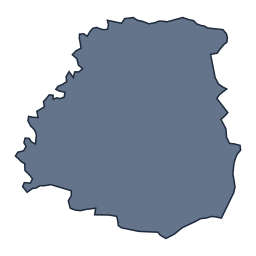 outline of Cunha Porã, Santa Catarina, Brazil
{"feature_id": "56859067B33782804685423", "entity_name": "Cunha Porã", "entity_type": "district", "adm_level": 2, "iso_a3": "BRA", "parent_name": "Brazil", "parent_adm1": "Santa Catarina", "projection": "natural_earth1", "projection_center": [-53.207, -26.879], "detail": "fine", "context": "isolated", "style": "filled", "palette": "slate", "viewbox_px": 256, "rotation_deg": 0, "n_neighbors": 0, "source": "geoboundaries", "source_scale": "gbopen_adm2", "svg_char_len": 1831}
<svg xmlns="http://www.w3.org/2000/svg" viewBox="0 0 256 256"><path d="M138.8,231.4L157.8,232.2L160.3,235.2L165.9,238.5L174.4,234.1L177.6,231.4L182.4,227.6L196.4,221.0L200.5,218.7L206.8,217.9L211.2,216.5L215.3,216.8L221.4,218.1L231.6,197.0L233.6,193.1L235.0,187.1L233.9,179.6L232.9,173.8L233.4,168.6L234.0,163.2L235.6,157.8L237.4,153.9L240.6,150.2L240.1,145.4L234.3,143.9L229.5,143.4L226.6,137.4L225.9,128.8L220.9,119.3L224.6,116.2L227.8,112.6L216.8,98.4L219.4,94.8L222.3,92.3L226.7,89.0L222.6,86.9L218.5,84.0L215.1,77.5L210.6,54.4L217.1,53.2L220.3,48.8L223.9,44.5L226.9,42.2L227.4,37.4L226.3,33.6L222.9,29.6L207.7,28.0L204.3,26.0L200.3,25.3L196.6,23.8L193.6,20.6L188.6,19.6L182.7,17.5L167.2,21.8L162.2,21.1L158.5,21.2L154.7,22.8L148.9,23.8L142.2,21.2L137.5,20.3L133.2,17.5L128.9,18.1L124.6,18.6L121.7,23.2L116.4,22.2L111.9,21.2L107.3,20.3L108.4,24.6L107.8,29.1L103.9,29.8L100.5,28.9L96.5,27.4L92.7,28.4L89.8,31.8L87.2,36.3L83.8,33.8L79.5,34.1L79.3,38.3L80.2,42.8L81.0,48.2L76.0,50.8L72.3,54.7L76.9,58.8L78.4,65.1L82.6,68.7L78.9,71.9L74.7,71.9L73.3,77.5L69.1,71.6L66.1,76.6L66.6,81.7L62.3,84.5L58.0,86.3L55.8,89.4L59.9,91.2L64.9,92.3L64.2,97.1L60.0,98.6L56.7,97.8L53.2,99.3L53.1,95.2L49.3,94.8L46.7,98.0L43.5,101.6L44.4,106.8L40.5,109.2L36.8,111.3L38.1,117.5L33.4,117.3L28.6,116.4L27.9,120.7L30.6,125.9L34.4,129.7L36.4,134.6L35.9,139.7L35.5,144.0L31.4,141.9L29.3,138.5L25.2,138.0L23.9,142.7L26.1,146.3L23.6,150.8L17.8,152.2L15.4,156.1L18.8,159.1L21.5,161.8L24.7,163.7L25.0,170.6L30.1,175.6L32.5,178.9L30.3,183.1L24.3,182.6L22.6,186.6L27.1,192.3L32.3,188.6L36.8,187.7L40.0,185.7L44.4,185.7L50.8,184.6L71.2,190.7L71.3,195.6L68.3,200.8L70.2,208.2L75.4,210.1L80.5,210.7L86.1,209.4L95.7,208.2L94.6,214.8L109.1,215.0L116.6,216.3L117.7,220.4L118.3,225.6L121.5,227.8L138.8,231.4Z" fill="#64748b" stroke="#1e293b" stroke-width="1.5"/></svg>